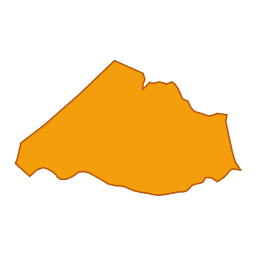 outline of São José do Seridó, Rio Grande do Norte, Brazil
{"feature_id": "56859067B84729527375837", "entity_name": "São José do Seridó", "entity_type": "district", "adm_level": 2, "iso_a3": "BRA", "parent_name": "Brazil", "parent_adm1": "Rio Grande do Norte", "projection": "albers", "projection_center": [-36.841, -6.478], "detail": "fine", "context": "isolated", "style": "filled", "palette": "amber", "viewbox_px": 256, "rotation_deg": 0, "n_neighbors": 0, "source": "geoboundaries", "source_scale": "gbopen_adm2", "svg_char_len": 1045}
<svg xmlns="http://www.w3.org/2000/svg" viewBox="0 0 256 256"><path d="M225.8,121.9L227.0,114.8L221.6,114.0L217.1,113.4L213.6,114.9L209.6,116.0L205.0,114.9L200.4,113.2L194.5,111.6L190.5,107.0L187.8,101.1L182.6,99.0L180.0,92.8L177.7,88.2L175.2,84.5L171.9,81.9L167.0,84.0L162.7,82.8L159.5,81.9L153.5,83.3L149.4,82.4L145.8,86.6L142.7,89.1L143.0,84.5L144.9,79.4L143.1,73.4L114.4,60.7L80.0,93.7L44.7,124.7L20.9,143.0L17.4,158.5L15.4,163.5L29.7,176.4L36.8,169.9L43.0,167.6L47.2,168.7L52.2,171.5L55.7,174.5L57.5,177.2L60.8,179.4L66.3,179.2L72.3,176.7L78.3,172.4L82.8,171.5L88.8,172.7L101.6,179.8L108.2,184.0L115.8,185.7L120.3,185.9L124.9,186.8L130.1,189.2L134.0,190.7L140.9,192.3L147.1,193.2L153.7,194.6L158.6,195.3L162.5,194.8L168.0,194.0L172.1,193.2L178.1,192.0L183.7,191.8L186.8,190.7L189.2,188.6L191.5,185.8L195.7,184.0L199.9,183.3L203.0,182.0L205.8,177.5L211.7,177.8L217.3,181.7L223.3,177.8L226.3,174.9L230.3,170.0L233.5,168.9L237.2,169.6L240.6,170.0L235.4,162.2L232.5,152.9L225.8,121.9Z" fill="#f59e0b" stroke="#b45309" stroke-width="1.5"/></svg>